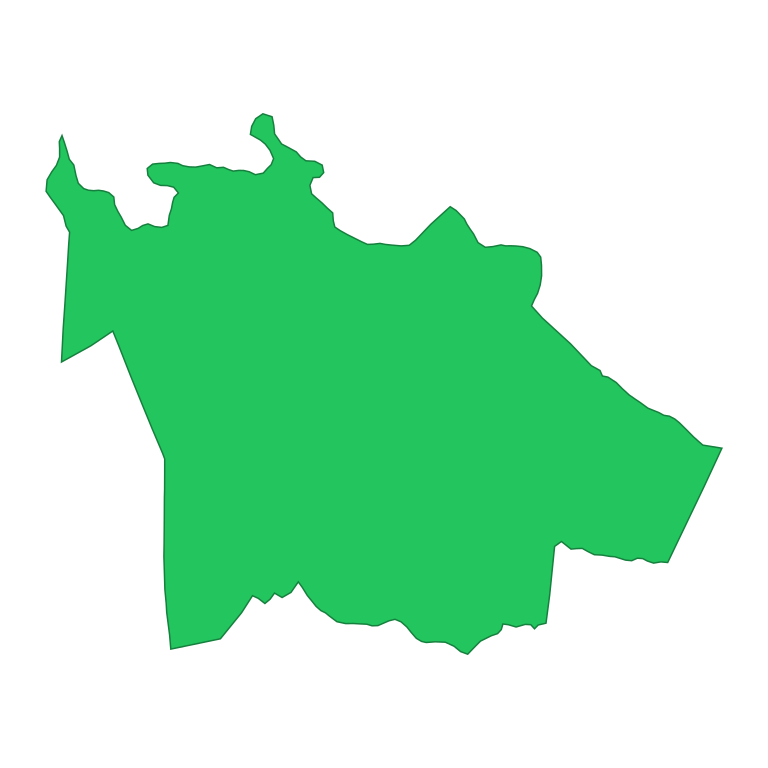 outline of Kabete, Central, Kenya
{"feature_id": "3690345B91276718043628", "entity_name": "Kabete", "entity_type": "district", "adm_level": 2, "iso_a3": "KEN", "parent_name": "Kenya", "parent_adm1": "Central", "projection": "robinson", "projection_center": [36.694, -1.21], "detail": "fine", "context": "isolated", "style": "filled", "palette": "green", "viewbox_px": 768, "rotation_deg": 0, "n_neighbors": 0, "source": "geoboundaries", "source_scale": "gbopen_adm2", "svg_char_len": 3186}
<svg xmlns="http://www.w3.org/2000/svg" viewBox="0 0 768 768"><path d="M450.2,206.7L430.9,224.2L415.7,240.1L409.2,245.3L401.2,245.9L391.8,245.1L385.2,244.4L380.0,243.4L373.3,244.2L367.4,244.4L361.9,241.9L354.3,238.1L347.3,234.6L340.3,230.7L334.8,227.0L333.3,220.8L332.7,212.9L327.2,208.0L322.0,202.9L316.6,198.3L311.6,193.8L309.9,185.3L313.1,177.6L319.5,177.3L323.7,172.6L322.2,165.1L314.8,161.3L305.9,160.8L300.6,156.9L296.3,151.9L288.5,147.6L281.6,144.0L278.4,139.3L274.6,133.9L273.8,125.4L272.1,116.8L262.9,113.8L255.7,118.7L251.7,126.3L250.4,134.4L260.5,140.1L265.3,144.1L270.0,150.3L273.6,158.6L271.2,164.7L267.5,168.3L263.3,173.1L255.4,174.7L249.1,171.7L243.7,170.5L238.8,170.4L233.2,171.1L228.5,169.5L223.5,167.3L216.7,167.8L209.5,164.5L201.3,166.1L195.6,167.1L189.3,166.9L182.7,165.7L177.9,163.4L170.4,162.5L164.7,163.2L159.2,163.4L152.6,164.1L147.2,168.5L147.9,175.2L153.7,182.8L160.5,185.4L167.3,185.6L173.7,187.2L178.4,193.0L174.1,197.3L172.6,202.5L171.4,208.9L169.3,215.3L167.9,225.4L161.8,227.4L154.7,226.6L148.0,223.9L142.7,225.5L138.1,228.4L131.6,230.4L125.3,225.3L121.2,217.1L117.9,211.5L114.6,204.6L113.8,197.0L108.8,192.6L103.6,191.0L98.6,190.3L93.6,190.7L88.3,190.2L83.7,188.6L78.3,183.3L76.0,175.6L73.8,165.0L69.3,159.3L67.1,151.2L64.3,142.3L62.0,135.6L59.3,141.6L59.6,148.5L59.6,157.1L56.4,165.4L51.7,171.9L47.1,179.8L46.1,191.3L50.3,197.4L53.7,202.0L63.5,215.6L66.1,226.1L69.6,232.2L68.7,244.3L67.8,259.2L66.9,273.2L64.9,304.1L63.2,328.6L61.5,362.0L91.0,345.7L112.8,331.0L118.8,345.8L130.9,376.6L142.5,405.2L148.6,420.0L151.9,428.1L162.6,453.3L164.7,458.9L164.7,468.1L164.6,489.6L164.4,497.8L164.3,518.3L164.1,543.3L163.9,556.6L164.9,589.7L166.2,603.5L166.7,612.3L169.6,635.0L170.8,649.1L220.4,638.8L241.6,612.7L252.5,595.7L258.2,598.3L264.9,603.5L270.1,599.2L274.5,593.1L282.1,597.5L291.0,592.4L298.3,581.9L302.3,587.4L307.4,595.6L312.4,601.7L316.2,606.5L320.9,610.6L325.4,612.8L329.7,616.3L336.9,621.7L345.7,623.6L353.3,623.5L360.1,623.9L366.8,624.2L372.0,625.8L377.9,625.6L389.0,620.8L395.0,619.3L401.0,621.8L406.9,627.0L411.0,632.2L416.3,638.3L421.5,641.4L426.2,642.5L435.2,641.8L445.3,642.2L454.0,646.2L460.6,651.6L467.7,654.2L476.0,645.6L480.5,641.1L491.4,635.7L497.6,633.6L501.3,629.6L502.9,624.0L508.3,624.7L516.1,627.0L525.2,624.4L530.8,624.7L534.5,628.8L538.2,625.0L546.0,623.2L549.7,594.8L554.6,546.4L561.4,541.5L571.0,549.1L576.5,548.6L582.3,548.4L587.8,551.5L594.3,554.7L602.1,555.1L609.8,556.4L615.0,556.8L625.5,560.1L631.7,560.7L637.4,558.2L642.8,558.6L647.3,561.0L653.6,563.1L660.9,561.9L667.7,562.5L704.2,486.3L721.9,448.2L702.8,445.1L698.0,440.9L693.2,436.6L686.1,429.4L679.4,422.8L674.9,419.1L669.4,416.2L663.8,415.3L658.7,412.5L652.4,410.0L647.8,408.1L640.9,403.0L635.4,399.3L629.2,395.0L622.1,388.5L616.3,382.6L607.9,377.1L602.4,376.0L600.0,370.5L591.3,365.7L570.6,343.9L562.1,336.1L542.3,318.0L531.5,306.0L534.3,299.6L537.6,293.3L540.2,285.0L541.6,275.8L541.5,265.2L540.7,257.1L537.2,252.3L529.9,248.6L522.8,246.7L515.8,246.0L510.6,245.8L505.7,245.9L501.0,244.9L492.8,246.6L485.3,247.3L478.0,242.6L473.6,234.0L469.7,228.5L466.7,223.8L464.3,218.9L460.6,215.1L456.1,210.5L450.2,206.7Z" fill="#22c55e" stroke="#15803d" stroke-width="1.5"/></svg>